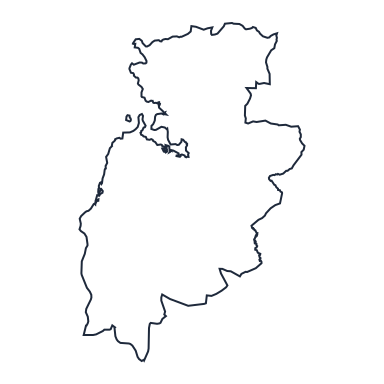 the district of Misungwi, Mwanza, United Republic of Tanzania
{"feature_id": "72390352B3687042598615", "entity_name": "Misungwi", "entity_type": "district", "adm_level": 2, "iso_a3": "TZA", "parent_name": "United Republic of Tanzania", "parent_adm1": "Mwanza", "projection": "robinson", "projection_center": [32.979, -2.954], "detail": "fine", "context": "isolated", "style": "outline", "palette": "slate", "viewbox_px": 384, "rotation_deg": 0, "n_neighbors": 0, "source": "geoboundaries", "source_scale": "gbopen_adm2", "svg_char_len": 5949}
<svg xmlns="http://www.w3.org/2000/svg" viewBox="0 0 384 384"><path d="M83.7,335.0L93.1,335.0L96.1,334.4L102.9,331.0L104.3,329.7L109.4,329.7L110.7,329.2L112.3,325.4L115.0,327.4L114.5,327.9L115.4,336.3L116.7,339.5L118.0,341.2L120.4,342.9L128.9,343.5L130.4,344.0L132.4,345.6L135.7,350.7L137.6,356.9L139.1,359.1L141.7,361.0L143.7,359.8L144.1,360.5L148.1,351.4L148.6,348.5L149.0,328.0L149.8,323.9L150.7,322.9L157.1,323.8L159.5,323.4L160.5,322.8L162.4,318.9L165.9,316.1L164.3,314.5L165.1,311.6L161.3,300.6L161.3,297.5L162.2,294.5L170.0,299.0L188.2,305.8L204.1,303.9L205.9,303.3L206.8,295.4L211.5,295.9L216.3,293.9L221.6,290.7L226.1,287.3L227.4,285.4L221.0,273.5L219.6,268.8L222.4,268.9L227.2,271.0L230.8,271.3L239.9,276.4L241.4,273.9L245.6,271.8L247.1,272.0L255.8,268.2L261.5,263.2L261.5,261.9L260.8,260.6L259.8,260.9L259.4,259.6L260.5,258.1L259.6,257.2L259.1,255.3L260.1,254.9L260.3,253.8L257.8,252.7L256.8,250.2L255.2,249.7L255.3,248.1L256.5,247.5L257.2,246.1L256.5,245.4L256.5,244.0L254.8,243.4L254.7,242.6L255.8,241.9L255.3,240.8L254.4,240.8L254.1,239.3L254.8,238.7L255.2,237.1L255.8,236.9L256.0,235.9L256.8,235.9L257.1,235.0L256.2,234.9L257.4,233.1L256.4,232.6L255.3,230.3L254.5,230.2L254.0,229.0L253.1,228.8L253.1,228.0L252.1,227.9L251.5,225.7L258.5,219.8L262.1,218.1L264.9,215.6L266.0,213.3L270.6,208.3L275.3,205.1L280.0,203.4L282.1,193.3L282.0,192.4L280.4,191.5L279.9,190.2L278.1,190.0L278.0,188.7L276.3,187.2L275.4,185.2L274.3,184.8L271.6,180.7L270.6,180.9L269.1,179.2L268.9,177.8L270.0,176.0L273.2,174.9L274.6,175.1L275.8,174.2L277.2,174.5L277.9,173.9L279.7,174.7L283.2,173.6L286.2,170.8L287.6,170.8L289.7,169.0L291.8,168.4L293.5,165.3L301.5,154.7L301.4,152.1L303.7,149.7L304.5,145.8L302.1,143.4L300.1,140.1L299.8,138.8L300.8,137.1L300.8,134.3L299.5,131.8L299.9,129.6L298.1,126.2L291.2,126.7L285.8,124.8L278.7,125.3L277.7,124.5L270.8,123.5L265.4,120.6L256.6,122.0L253.1,121.4L248.1,123.5L245.4,122.6L245.8,118.4L244.9,115.5L245.2,105.9L247.4,103.7L250.0,98.6L251.0,95.3L250.6,93.6L246.5,88.0L255.9,88.2L256.2,82.1L258.5,83.8L259.6,83.9L264.1,83.0L269.8,84.2L269.6,73.9L267.4,68.7L267.4,66.9L266.0,62.4L266.3,59.6L267.0,57.4L271.2,50.3L274.3,48.2L275.0,44.4L276.8,40.9L276.5,39.9L276.9,37.7L276.3,35.5L277.0,33.3L273.5,34.4L270.6,36.0L269.4,37.4L267.4,37.8L262.9,36.3L260.0,33.6L259.0,31.8L256.9,30.4L255.7,27.9L252.9,27.0L251.9,28.0L249.9,28.7L246.0,29.3L244.8,28.6L242.6,25.8L239.4,24.0L233.6,23.7L232.0,23.0L224.9,23.7L223.8,26.3L217.5,33.6L214.9,34.5L211.9,34.9L211.2,34.0L211.0,30.8L212.3,27.4L207.6,28.3L203.7,29.7L196.0,26.8L191.4,26.1L190.7,31.5L187.9,33.9L181.6,36.8L180.6,36.7L179.2,37.3L176.9,36.4L172.6,36.6L167.9,39.2L165.5,39.0L163.4,39.5L162.2,40.2L161.5,41.4L160.2,41.3L158.8,40.2L154.7,40.6L152.4,42.1L149.6,45.2L147.0,46.5L145.8,46.4L142.6,43.1L141.8,40.8L139.3,38.9L135.7,39.3L133.1,43.1L132.9,43.7L133.3,43.9L135.3,43.8L134.7,47.4L137.9,47.8L139.2,48.8L140.6,52.9L142.5,54.4L144.7,57.3L146.5,61.0L146.4,62.7L145.6,63.4L143.2,63.5L141.9,62.6L139.6,62.5L133.8,64.7L132.0,63.3L130.9,64.6L129.5,68.1L129.4,68.9L130.9,72.7L133.3,73.2L134.0,74.5L133.9,75.7L136.0,77.6L137.5,77.6L138.3,78.4L138.7,80.3L137.9,83.5L138.4,84.5L141.5,86.9L142.8,89.0L141.5,92.4L141.5,96.5L141.9,97.0L144.5,97.7L145.6,100.7L146.7,101.6L148.4,102.0L151.1,100.6L152.3,101.1L152.0,100.2L152.5,101.1L152.3,100.2L152.6,100.7L153.2,102.6L154.0,103.0L156.0,102.8L157.5,103.4L158.3,102.3L159.1,102.2L159.1,103.0L160.0,103.8L159.5,105.4L159.2,103.7L158.7,103.5L158.6,104.1L159.2,105.5L160.0,105.8L158.8,105.7L159.1,107.7L163.0,111.3L163.7,112.7L165.0,112.3L164.7,112.9L166.2,114.5L164.3,114.1L163.7,114.5L161.5,113.5L157.2,114.1L155.9,114.9L155.1,116.7L154.8,120.4L154.1,122.2L153.1,124.3L151.5,125.8L151.4,129.0L154.3,130.0L155.9,129.9L161.4,126.8L164.8,127.5L166.8,129.2L167.3,128.7L167.8,131.9L167.6,137.3L168.1,139.8L170.6,144.5L175.6,144.1L177.2,145.0L178.8,144.8L181.4,141.8L181.6,139.3L183.1,139.7L185.0,142.0L186.1,142.4L186.5,143.8L187.1,143.8L187.1,145.3L185.9,147.3L186.0,150.6L188.7,153.1L188.1,154.4L188.5,156.9L187.1,156.7L186.3,157.3L185.3,156.9L184.6,155.5L181.9,154.5L180.7,154.9L180.7,156.0L179.9,156.8L176.5,156.1L176.6,155.5L178.6,155.2L178.6,153.4L173.4,150.6L171.3,150.1L170.2,151.8L169.5,152.2L170.2,150.7L168.9,150.0L170.6,150.6L169.4,149.0L169.3,146.6L168.5,145.9L166.0,145.2L166.8,146.7L166.5,148.1L167.3,150.7L166.3,149.1L166.2,149.6L167.1,151.6L165.7,152.5L165.0,151.4L165.0,151.9L163.8,151.6L162.3,148.6L164.9,148.4L165.9,146.6L162.4,146.3L161.9,145.0L160.8,144.5L157.3,145.0L155.3,142.1L153.2,141.0L152.7,139.8L151.2,139.1L149.6,139.8L146.9,139.4L145.8,136.9L143.5,136.4L142.6,135.3L141.1,134.7L140.5,132.8L141.1,132.5L141.2,131.0L142.4,130.3L143.6,127.6L144.9,127.2L145.6,125.7L142.8,120.7L142.5,119.3L143.0,115.9L141.9,114.0L139.7,115.0L138.4,117.2L138.9,123.0L137.7,127.0L135.6,129.2L133.4,130.9L129.9,132.4L123.2,132.6L122.4,138.5L120.6,138.7L119.4,137.8L116.8,138.4L115.1,139.3L115.2,140.0L114.4,141.1L112.4,142.8L111.8,145.8L112.4,146.8L111.8,146.3L109.9,148.2L108.2,154.0L106.1,156.9L107.2,162.9L105.6,166.0L105.8,168.5L105.2,168.7L104.7,169.8L104.1,174.4L102.6,178.4L102.0,183.1L101.5,183.9L100.8,182.4L100.0,182.8L98.8,186.0L99.0,187.5L98.4,189.0L98.2,191.9L98.6,194.0L100.4,190.5L100.6,188.8L101.1,188.8L103.2,191.7L102.6,191.4L102.5,192.7L100.1,194.1L99.3,195.7L97.2,195.2L95.6,200.8L96.3,201.7L96.8,200.2L98.4,199.4L98.3,200.8L97.0,201.0L95.9,202.2L95.5,202.0L95.3,204.4L94.5,203.6L93.7,204.1L90.9,208.6L88.5,210.8L86.5,211.3L85.0,212.4L81.1,216.1L79.7,218.7L80.8,223.6L80.6,225.9L79.5,229.3L80.9,231.1L84.4,233.5L86.5,236.9L87.5,244.1L87.5,245.5L85.9,248.2L84.8,253.8L81.8,261.3L81.4,273.3L81.7,274.9L86.9,287.8L89.8,291.6L91.3,294.8L91.4,297.5L90.9,299.4L86.3,308.8L85.8,312.2L87.8,316.7L88.3,321.4L87.7,323.4L86.5,325.6L86.0,325.6L83.7,335.0ZM129.6,121.5L130.4,121.1L130.9,119.9L130.6,118.4L129.8,117.6L129.5,115.6L127.5,115.2L126.5,116.6L126.1,120.0L129.6,121.5Z" fill="none" stroke="#1e293b" stroke-width="2"/></svg>